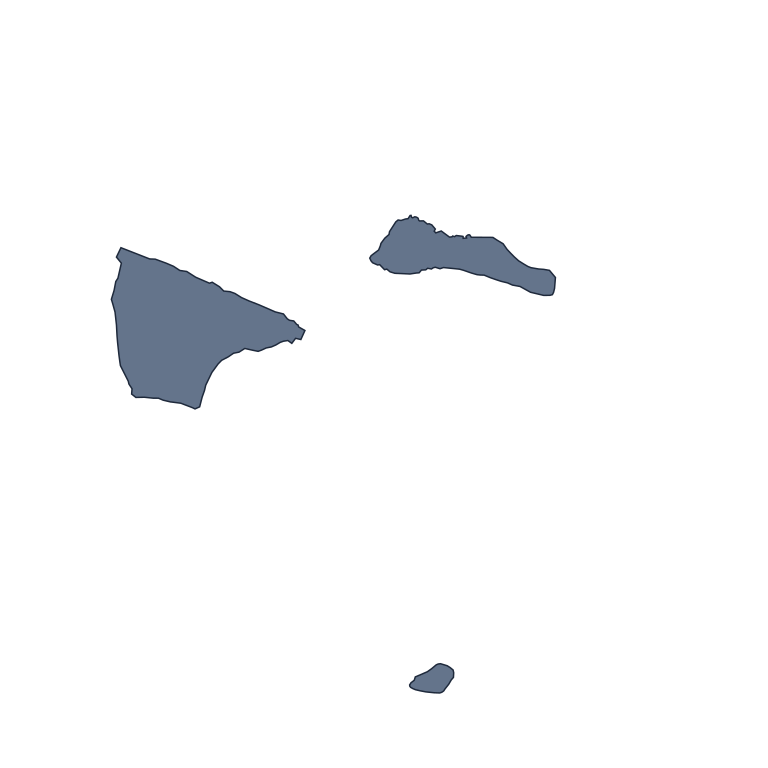 outline of Parem, Federated States of Micronesia, rotated 230°
{"feature_id": "79324940B22754223687783", "entity_name": "Parem", "entity_type": "district", "adm_level": 2, "iso_a3": "FSM", "parent_name": "Federated States of Micronesia", "parent_adm1": "", "projection": "mercator", "projection_center": [151.781, 7.352], "detail": "fine", "context": "isolated", "style": "filled", "palette": "slate", "viewbox_px": 768, "rotation_deg": 230, "n_neighbors": 0, "source": "geoboundaries", "source_scale": "gbopen_adm2", "svg_char_len": 2669}
<svg xmlns="http://www.w3.org/2000/svg" viewBox="0 0 768 768"><g transform="rotate(230 384 384)"><path d="M494.4,242.3L497.7,246.7L503.5,259.6L506.0,269.8L506.5,274.9L504.9,282.2L504.3,288.5L501.6,293.4L500.7,300.2L493.9,305.4L489.9,308.6L488.7,311.9L487.3,317.0L484.8,321.5L483.4,326.3L482.6,331.2L481.4,334.5L479.1,338.3L474.4,339.5L475.8,345.6L471.5,348.9L475.8,357.8L482.6,355.3L484.4,356.1L485.8,355.4L490.3,355.4L493.5,352.6L496.1,351.8L502.3,352.0L509.2,347.0L525.1,339.1L534.2,334.1L541.8,330.4L549.2,328.0L553.7,325.4L558.2,321.0L559.3,320.9L564.2,320.5L572.4,317.8L573.4,315.1L586.8,308.4L597.0,305.2L602.2,300.6L609.5,298.4L616.4,294.9L626.7,289.0L630.4,284.9L657.5,270.1L653.2,260.6L645.4,260.5L636.1,248.2L634.9,244.4L629.2,237.4L624.1,229.6L619.9,227.8L612.0,224.2L601.2,217.0L592.3,210.3L587.2,206.7L576.0,199.2L571.1,196.1L567.5,193.9L550.5,189.9L548.0,188.6L542.3,187.9L538.5,184.2L533.2,185.3L527.9,191.9L521.6,198.0L518.1,202.1L513.6,204.4L507.4,209.0L506.5,209.9L500.0,215.9L492.7,220.0L488.9,222.1L486.4,223.2L485.0,228.1L490.8,236.2L494.4,242.3ZM498.3,502.2L500.6,500.2L500.6,497.2L497.2,486.2L495.3,483.9L495.2,478.4L493.7,472.1L492.2,470.0L490.1,466.0L490.3,462.4L490.6,456.7L489.6,454.0L486.6,453.2L484.2,453.2L479.3,455.6L478.2,457.4L471.2,457.9L470.2,460.0L466.1,460.7L461.8,463.5L457.6,468.1L451.6,474.6L448.3,480.0L446.6,482.4L447.2,485.9L444.6,489.4L444.6,491.8L441.6,494.3L441.4,496.4L440.5,498.3L436.3,501.0L435.0,504.4L423.4,515.7L420.0,518.0L412.8,522.3L408.0,525.5L405.6,527.8L403.0,530.7L397.1,533.8L391.9,536.9L387.4,539.7L382.1,543.6L377.2,546.0L371.3,550.9L360.1,555.2L349.2,563.3L345.3,568.1L344.2,570.4L345.2,572.8L347.6,576.1L355.4,583.8L364.7,583.8L369.1,580.1L372.7,576.4L378.6,571.4L381.5,569.8L386.0,568.2L391.9,566.3L397.6,565.5L402.7,565.1L408.0,564.8L414.8,565.4L421.8,563.0L426.2,561.7L428.3,559.4L430.2,557.1L440.3,545.2L442.9,545.5L443.7,545.1L444.3,543.8L444.3,541.7L442.8,541.1L444.7,538.3L446.2,539.4L446.9,538.9L451.3,534.8L451.5,532.8L453.2,531.7L453.0,530.8L454.4,528.6L464.4,526.2L466.5,520.8L468.8,520.7L469.7,522.9L475.2,522.9L477.7,521.6L478.7,520.0L483.6,519.1L486.1,516.0L487.2,515.9L489.1,516.7L490.8,516.2L492.3,515.1L492.9,512.8L493.9,512.3L495.8,513.1L496.3,512.3L495.2,508.7L496.6,506.5L498.3,502.2ZM139.5,219.7L137.6,216.7L137.8,212.7L137.0,210.2L135.9,209.5L134.5,209.4L132.1,210.3L129.6,211.6L125.6,214.6L121.2,218.2L115.3,223.9L111.5,228.1L110.7,230.1L110.5,232.4L111.2,234.8L112.4,240.6L114.1,245.4L114.6,248.6L118.0,251.8L120.5,253.1L124.2,252.4L127.6,251.3L133.4,247.5L134.7,245.5L135.3,243.5L135.3,237.6L135.7,232.3L139.5,219.7Z" fill="#64748b" stroke="#1e293b" stroke-width="1.5"/></g></svg>